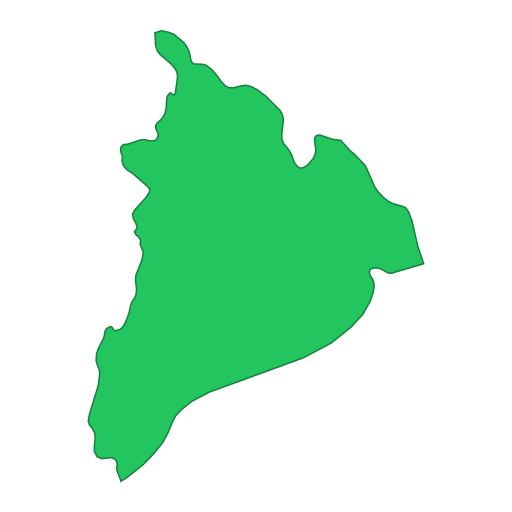 an SVG outline of Kon Tum
{"feature_id": "VNM-486", "entity_name": "Kon Tum", "entity_type": "Province", "adm_level": 1, "iso_a3": "VNM", "parent_name": "Vietnam", "parent_adm1": "", "projection": "natural_earth1", "projection_center": [107.772, 14.666], "detail": "fine", "context": "isolated", "style": "filled", "palette": "green", "viewbox_px": 512, "rotation_deg": 0, "n_neighbors": 0, "source": "natural_earth", "source_scale": "10m", "svg_char_len": 2392}
<svg xmlns="http://www.w3.org/2000/svg" viewBox="0 0 512 512"><path d="M115.2,330.8L120.2,329.3L123.4,326.3L125.7,321.7L128.8,313.7L129.8,309.6L130.1,307.5L131.2,303.4L134.9,297.2L136.2,293.8L136.5,289.0L135.5,280.0L135.9,275.3L141.9,260.0L143.3,252.4L140.2,244.3L140.6,240.0L138.7,237.2L136.0,234.7L134.4,231.8L137.3,228.0L136.0,223.5L133.4,218.8L132.5,214.1L134.6,210.1L145.4,198.2L149.2,192.4L149.9,189.2L147.7,186.6L132.2,173.0L128.1,170.6L125.1,168.0L123.0,164.6L122.0,160.6L122.4,156.1L120.6,151.3L120.9,147.2L123.3,144.6L128.1,144.1L135.5,141.6L139.8,140.1L144.0,139.6L151.1,141.0L155.1,140.6L157.9,137.3L158.2,134.0L155.8,128.6L155.7,125.6L156.9,123.3L160.5,120.1L162.1,118.4L164.8,113.9L166.2,108.1L166.8,98.2L167.8,95.4L170.2,92.8L171.7,93.6L173.0,95.0L174.7,94.5L175.4,92.6L177.4,78.2L177.3,73.6L175.6,69.4L171.9,64.7L160.4,54.8L157.3,50.9L155.6,45.5L155.0,33.9L154.7,32.9L161.4,30.7L169.1,32.4L173.6,34.1L183.8,42.5L187.0,47.0L189.1,51.5L190.1,55.7L190.8,59.8L192.1,62.6L194.2,64.0L202.2,64.2L206.3,65.3L211.7,69.5L215.4,73.6L222.1,82.5L225.4,85.9L228.4,87.7L233.1,87.9L241.4,85.8L245.7,85.2L250.7,86.4L256.9,89.5L265.6,96.0L280.1,110.5L282.1,114.0L283.2,118.2L283.1,123.1L281.8,133.7L281.9,139.1L283.4,143.2L289.0,150.1L291.2,154.1L294.4,162.6L297.0,166.1L299.8,168.1L303.4,167.7L307.4,165.2L313.1,158.8L315.3,153.9L315.8,149.4L314.7,142.0L314.6,137.9L316.4,135.5L319.8,135.0L332.5,139.3L340.6,140.3L350.5,151.1L354.7,154.5L365.4,165.7L374.8,187.0L378.2,192.0L384.1,198.1L388.8,201.7L393.6,203.8L402.1,206.2L405.7,207.7L408.7,212.1L411.8,220.2L418.0,247.0L423.7,263.7L391.6,273.2L388.8,273.1L386.7,272.2L381.0,269.0L377.7,268.1L374.1,267.9L371.6,268.5L369.8,269.9L369.4,272.6L370.0,275.0L372.9,279.9L373.8,282.5L374.1,286.3L373.2,292.6L370.2,301.4L362.9,314.2L351.0,327.2L331.4,342.9L303.7,357.7L209.1,392.2L191.7,401.4L181.6,409.5L175.7,415.8L171.8,423.4L168.4,431.9L162.9,442.4L153.3,454.2L143.1,464.7L126.3,478.0L120.8,481.3L120.6,479.8L117.0,470.9L116.7,468.1L117.1,465.2L116.9,462.3L115.3,459.4L111.3,457.6L101.6,458.7L97.2,456.8L94.3,451.3L94.4,445.2L95.2,438.9L94.7,433.0L91.8,427.7L89.4,424.9L88.3,421.3L89.5,414.0L98.3,385.4L99.6,374.7L99.6,371.8L98.9,368.8L96.6,363.0L96.1,360.2L96.5,354.1L98.4,348.5L103.7,337.9L104.4,335.1L104.8,332.4L105.6,329.9L107.7,327.7L111.0,326.5L112.5,327.8L113.5,329.8L115.2,330.8Z" fill="#22c55e" stroke="#15803d" stroke-width="1.5"/></svg>